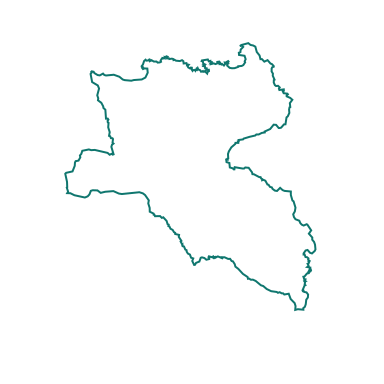 Tulungagung, Jawa Timur, Indonesia (orthographic projection), rotated 165°
{"feature_id": "22746128B2754392863745", "entity_name": "Tulungagung", "entity_type": "district", "adm_level": 2, "iso_a3": "IDN", "parent_name": "Indonesia", "parent_adm1": "Jawa Timur", "projection": "orthographic", "projection_center": [111.871, -8.073], "detail": "fine", "context": "isolated", "style": "outline", "palette": "teal", "viewbox_px": 384, "rotation_deg": 165, "n_neighbors": 0, "source": "geoboundaries", "source_scale": "gbopen_adm2", "svg_char_len": 5999}
<svg xmlns="http://www.w3.org/2000/svg" viewBox="0 0 384 384"><g transform="rotate(165 192 192)"><path d="M215.8,147.1L215.0,143.6L215.5,142.7L214.9,143.2L215.1,142.1L213.8,141.4L213.4,138.2L212.3,137.2L212.6,135.8L211.9,133.6L210.2,132.1L209.9,128.8L208.0,127.5L209.6,125.3L208.8,121.0L208.0,120.9L206.4,122.5L202.9,122.9L200.6,126.2L199.3,126.3L197.1,125.0L195.7,122.9L192.7,122.8L192.4,123.8L192.9,124.8L192.3,125.5L189.9,124.0L188.5,124.2L188.8,123.3L188.1,122.5L187.0,123.4L186.2,123.3L186.3,122.5L183.7,123.1L180.0,120.2L179.5,120.8L178.6,120.2L179.1,121.0L177.4,120.5L174.4,118.0L172.5,117.6L171.6,115.1L170.4,114.4L169.4,111.2L169.4,108.7L167.2,105.8L164.0,99.7L160.3,95.5L160.4,93.7L159.3,93.6L157.8,92.0L155.9,91.6L153.5,89.6L149.6,84.1L147.5,82.7L145.0,79.0L141.2,75.7L136.0,73.5L135.1,72.4L133.2,72.5L131.6,70.9L130.2,70.5L129.4,69.1L124.9,68.7L124.4,63.1L121.6,58.1L121.5,55.0L122.8,51.4L120.1,51.4L114.9,49.5L114.6,51.0L112.7,51.9L111.2,54.1L109.5,58.4L107.4,60.1L106.4,62.9L107.4,65.4L109.6,66.5L109.8,67.9L110.6,67.7L110.7,68.4L107.5,72.5L106.6,72.7L107.1,73.6L106.2,75.3L106.6,76.7L105.4,76.6L106.0,77.5L105.1,78.3L106.2,78.9L106.3,81.3L105.3,81.2L102.1,83.5L100.4,83.4L100.5,84.2L99.5,84.3L99.8,85.2L99.0,86.0L97.8,85.0L97.3,85.5L97.4,86.9L98.2,86.6L98.4,87.0L97.4,88.4L100.1,89.7L98.5,90.4L98.9,92.7L98.0,92.7L96.9,94.1L97.3,94.5L96.3,95.0L97.4,96.5L96.7,97.7L97.7,99.2L99.2,99.8L99.4,102.5L100.4,102.7L100.1,103.8L97.4,106.1L95.4,106.1L93.7,102.7L92.0,101.6L88.7,103.3L87.6,104.6L86.8,109.3L87.0,112.2L88.2,114.8L87.6,116.9L89.9,121.5L86.8,124.1L89.0,130.6L89.6,131.2L92.8,130.7L94.3,131.9L95.4,133.8L95.8,136.5L99.1,138.9L100.0,141.4L100.0,144.3L97.7,146.6L96.1,150.1L96.3,156.7L97.2,157.8L97.3,163.6L96.4,166.9L102.3,169.1L104.0,170.4L105.8,173.2L109.6,171.0L111.6,171.9L113.4,174.2L113.7,175.8L115.4,176.8L116.2,179.2L117.2,179.7L118.2,183.9L119.9,185.3L121.2,185.2L120.9,186.4L121.7,187.1L121.9,188.6L123.1,188.9L127.6,193.1L129.0,193.6L128.9,195.4L131.0,200.7L134.2,201.9L135.6,201.2L136.9,201.5L144.3,204.9L145.2,202.9L145.9,203.1L146.3,204.2L149.1,205.9L148.4,210.4L150.9,211.9L150.6,214.4L149.2,214.0L149.2,215.0L148.3,215.1L147.4,219.4L145.9,221.7L142.4,225.0L137.8,227.2L137.3,228.2L134.7,227.5L134.6,228.9L133.8,228.8L133.7,230.0L134.5,230.3L129.1,229.6L128.3,230.2L122.1,230.4L116.3,230.2L115.0,230.9L112.7,230.3L109.3,231.0L106.3,230.7L106.2,231.6L100.2,232.6L95.7,235.9L93.4,235.1L91.7,231.4L90.8,231.1L89.2,231.1L85.7,233.5L84.2,233.2L81.4,239.6L79.9,240.3L77.5,243.2L76.9,246.5L75.9,248.5L75.1,248.6L74.5,252.5L71.2,255.1L72.8,257.5L75.8,259.9L75.6,260.8L74.1,261.5L74.4,262.3L77.9,263.7L78.3,266.1L77.8,266.6L77.0,266.3L76.8,267.4L81.2,267.9L81.3,269.3L80.2,270.3L81.4,272.3L83.4,272.6L84.3,273.8L84.7,276.6L84.0,278.9L83.2,279.1L83.9,283.4L83.2,285.4L83.9,287.8L83.1,290.7L82.2,291.7L80.6,291.9L80.5,292.6L81.8,295.0L82.9,295.7L84.9,299.8L88.4,299.2L90.1,302.3L91.5,302.6L91.4,306.4L93.2,310.5L93.2,316.0L95.0,317.7L97.4,318.9L99.1,321.2L106.3,321.2L108.0,320.6L105.9,320.5L105.0,318.9L108.1,317.0L109.1,314.5L110.7,314.4L111.1,312.2L106.0,310.0L105.8,306.4L107.3,304.6L107.1,303.5L109.6,301.3L111.4,300.9L114.8,301.5L115.0,300.9L118.8,300.6L121.4,301.2L123.5,302.2L125.3,305.0L125.0,306.3L124.1,306.6L124.5,307.0L122.9,308.5L123.2,309.1L124.7,308.7L124.8,307.9L126.8,308.6L126.7,307.2L128.4,305.9L129.8,307.9L130.6,307.6L130.8,308.2L132.4,308.4L132.4,309.1L131.4,309.6L131.9,310.9L133.9,311.1L134.2,309.7L136.2,309.5L137.7,310.6L140.3,310.6L139.7,311.3L140.8,311.5L139.6,312.5L140.5,312.9L140.3,313.9L142.0,313.9L142.4,315.9L148.4,316.5L148.8,315.9L147.7,315.3L147.9,313.1L146.6,312.0L148.1,311.7L147.3,310.9L148.1,310.5L147.0,310.0L147.3,308.1L145.8,307.7L145.9,306.1L144.1,305.7L144.3,304.4L145.9,303.9L146.7,302.5L147.8,304.4L147.6,305.7L149.3,305.0L150.2,305.3L150.2,306.0L152.1,305.8L152.6,307.5L154.2,308.7L154.4,310.0L155.1,309.1L155.5,309.7L155.9,308.6L156.9,309.2L157.4,308.3L157.8,309.1L159.4,309.5L160.1,308.9L160.5,310.1L160.0,312.1L160.9,312.5L161.9,311.8L163.4,313.3L163.7,314.7L162.6,315.5L163.6,315.7L163.1,316.2L164.0,316.6L164.0,317.9L166.8,318.3L166.5,320.6L167.5,321.9L169.8,321.6L173.5,323.0L174.6,324.2L175.7,324.2L175.6,325.2L176.9,326.0L179.5,326.3L179.6,327.0L181.5,327.5L180.5,328.9L181.6,329.7L183.0,329.0L183.5,329.4L183.7,328.1L185.6,329.0L185.7,328.5L186.6,328.7L188.3,327.1L188.2,325.8L189.6,325.5L191.7,325.9L192.5,327.2L195.1,327.9L197.0,329.8L197.8,329.4L198.3,330.4L199.0,329.7L199.3,330.9L200.3,330.4L202.1,330.7L202.6,331.8L204.4,330.9L206.4,327.8L208.0,326.6L207.2,325.4L208.1,324.9L207.5,323.4L206.0,323.7L203.2,322.8L203.9,318.7L207.4,314.6L211.4,313.7L219.2,315.2L221.8,315.2L228.1,317.5L229.8,318.6L232.3,322.1L237.2,325.5L244.9,326.8L246.4,327.7L247.3,329.4L250.9,328.5L252.9,329.4L255.5,332.1L255.9,333.6L257.6,334.5L258.2,334.1L257.9,333.4L259.4,332.3L260.0,324.0L255.4,319.3L255.0,316.0L258.5,309.9L258.3,306.8L259.1,304.9L256.5,301.6L255.6,297.7L255.8,296.1L254.4,293.9L256.1,285.1L254.4,284.7L254.0,283.5L255.1,282.6L255.3,281.0L254.7,280.4L256.2,276.2L256.0,271.1L257.6,267.7L256.6,267.0L256.4,265.0L254.9,264.5L254.6,263.6L256.0,260.2L255.3,259.1L257.0,258.4L258.2,256.5L258.0,248.7L258.9,248.6L259.7,249.7L261.9,249.3L263.4,251.6L275.0,257.8L278.5,258.5L280.6,259.8L287.3,260.2L289.1,257.4L290.8,256.3L290.9,254.4L293.5,251.7L296.4,251.9L297.4,250.8L298.5,247.6L302.1,242.8L308.6,243.1L309.7,242.4L310.1,234.1L311.3,228.9L311.8,228.7L311.6,224.4L312.8,223.2L309.8,222.3L306.4,219.3L296.9,214.4L293.9,214.8L291.7,216.2L289.4,219.3L287.5,219.4L282.9,218.0L280.4,214.8L275.8,214.7L267.7,213.2L263.0,209.4L260.3,208.2L242.9,205.4L239.8,203.4L238.1,201.2L235.9,195.1L237.2,192.3L237.0,187.6L237.9,183.9L234.7,181.1L234.9,180.0L234.2,179.8L234.0,178.2L229.1,177.0L227.8,174.8L226.3,175.0L224.0,170.6L223.9,167.2L223.0,166.5L223.6,165.1L222.7,164.5L222.3,162.1L220.5,160.4L219.8,157.9L218.8,156.9L219.1,155.8L215.6,153.9L216.4,152.1L214.9,147.5L215.8,147.1Z" fill="none" stroke="#0f766e" stroke-width="2"/></g></svg>